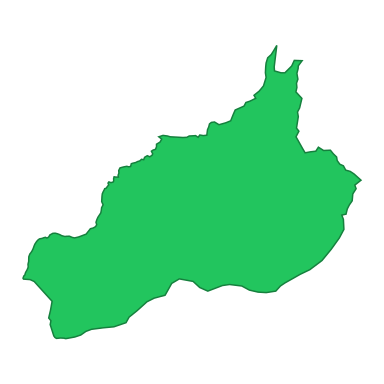 outline of Kampos, Nicosia, Cyprus
{"feature_id": "46923920B48864279122455", "entity_name": "Kampos", "entity_type": "district", "adm_level": 2, "iso_a3": "CYP", "parent_name": "Cyprus", "parent_adm1": "Nicosia", "projection": "mercator", "projection_center": [32.714, 35.063], "detail": "fine", "context": "isolated", "style": "filled", "palette": "green", "viewbox_px": 384, "rotation_deg": 0, "n_neighbors": 0, "source": "geoboundaries", "source_scale": "gbopen_adm2", "svg_char_len": 2988}
<svg xmlns="http://www.w3.org/2000/svg" viewBox="0 0 384 384"><path d="M23.0,278.2L23.5,279.1L24.7,279.2L30.1,279.6L34.2,281.5L52.1,301.3L50.5,310.3L48.7,318.0L50.9,320.7L50.8,321.3L50.2,324.6L53.8,335.9L55.0,337.5L56.1,338.2L56.5,338.4L60.5,338.0L64.3,338.2L65.2,338.6L66.1,338.6L66.6,338.5L74.8,337.0L80.8,335.0L85.9,331.4L91.5,329.3L103.2,327.8L113.9,326.8L126.0,322.7L129.1,317.1L136.7,311.0L141.3,306.9L146.9,301.8L154.0,298.2L165.1,295.2L171.7,283.4L179.3,278.9L193.1,281.4L199.7,287.5L207.8,291.1L222.5,285.5L229.6,284.5L241.8,286.0L249.4,290.1L258.0,292.1L266.2,292.6L275.8,291.1L280.4,286.0L285.0,282.9L292.1,278.9L300.2,274.3L309.8,269.7L322.0,260.5L331.2,249.3L339.3,238.0L343.9,229.4L343.4,219.4L341.8,215.1L345.3,214.3L346.0,214.2L347.3,208.9L349.3,205.0L352.2,200.8L352.8,193.9L356.1,188.7L354.8,185.1L361.0,180.2L354.1,174.0L350.2,171.4L345.7,170.1L343.4,165.8L339.8,164.2L337.2,160.6L336.6,157.0L333.3,153.8L330.4,150.2L323.6,150.5L318.4,147.2L315.8,151.2L310.6,151.8L305.1,152.8L302.8,148.9L296.0,136.8L298.9,131.2L296.5,128.1L298.3,116.6L297.5,112.0L299.6,108.0L301.9,98.4L295.9,91.9L296.9,87.5L296.5,83.2L297.9,79.2L296.9,73.3L298.1,68.7L298.3,65.8L302.1,60.7L294.3,60.4L291.7,66.0L284.9,72.8L281.0,72.8L274.5,70.9L274.2,66.9L276.8,45.4L273.9,50.3L271.3,54.5L267.7,57.8L266.1,63.0L265.7,66.9L265.4,72.8L266.1,77.4L263.5,85.9L259.2,91.1L254.0,95.3L255.7,98.3L249.8,101.2L245.9,102.5L244.0,106.1L235.2,110.0L233.3,114.3L230.7,120.8L225.8,122.8L219.0,124.7L214.5,122.0L211.4,122.4L209.5,123.9L208.7,127.0L207.5,129.7L206.8,135.2L203.3,135.6L199.8,135.0L198.1,137.3L195.6,135.6L193.1,135.8L189.2,136.0L186.9,137.3L182.9,137.5L176.1,137.1L170.2,136.8L167.5,136.0L163.0,135.4L158.8,136.8L161.7,139.1L160.0,142.1L156.5,144.2L156.5,146.7L155.5,149.3L153.0,150.1L151.4,151.2L152.7,153.8L152.1,155.2L149.8,156.8L147.3,155.7L144.6,157.3L143.7,159.7L141.5,159.3L139.8,160.9L137.4,161.6L135.8,162.5L132.8,163.2L131.3,163.7L130.6,166.5L128.4,166.8L126.9,166.3L124.2,166.8L122.5,167.2L120.0,167.9L118.7,170.5L118.9,173.1L118.1,175.2L118.4,177.1L116.0,177.1L114.1,176.8L113.6,178.6L113.7,181.0L112.9,182.2L110.8,182.6L108.9,181.9L108.0,183.1L108.7,184.9L107.2,186.7L106.3,188.1L104.7,188.7L104.1,190.1L103.3,191.5L102.3,193.8L102.0,196.2L101.7,201.6L103.1,204.8L101.6,207.7L101.3,210.3L100.8,212.9L97.9,217.3L96.8,219.8L96.0,222.3L96.7,224.7L95.6,226.6L93.2,228.0L90.4,228.7L89.4,230.0L87.4,232.5L86.2,234.1L83.8,235.0L81.5,235.9L78.5,237.0L76.3,237.5L74.5,237.9L72.2,237.4L69.4,236.2L66.5,236.3L64.9,236.5L61.8,235.7L59.7,234.6L57.6,233.8L55.3,233.2L52.9,233.3L51.6,234.0L49.8,235.0L49.0,236.6L47.8,237.7L46.7,238.0L45.5,237.3L44.2,237.6L42.0,238.4L39.7,238.8L38.4,239.6L37.5,240.5L36.6,241.5L35.7,242.9L34.9,244.1L34.2,245.7L33.6,247.4L32.9,249.2L31.9,251.2L30.9,252.7L29.9,253.9L29.3,255.4L28.8,256.8L28.7,259.5L28.7,261.3L28.0,264.2L28.2,267.1L27.4,269.1L26.8,270.4L26.0,271.7L25.3,273.2L24.9,274.9L23.8,276.0L23.0,278.2Z" fill="#22c55e" stroke="#15803d" stroke-width="1.5"/></svg>